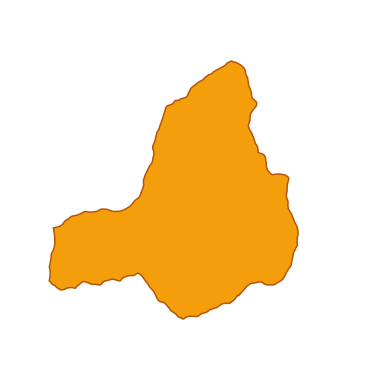 Dragteng, Tongsa, Bhutan (Equal Earth projection), rotated 200°
{"feature_id": "84629894B32701898541772", "entity_name": "Dragteng", "entity_type": "district", "adm_level": 2, "iso_a3": "BTN", "parent_name": "Bhutan", "parent_adm1": "Tongsa", "projection": "equal_earth", "projection_center": [90.534, 27.427], "detail": "fine", "context": "isolated", "style": "filled", "palette": "amber", "viewbox_px": 384, "rotation_deg": 200, "n_neighbors": 0, "source": "geoboundaries", "source_scale": "gbopen_adm2", "svg_char_len": 5960}
<svg xmlns="http://www.w3.org/2000/svg" viewBox="0 0 384 384"><g transform="rotate(200 192 192)"><path d="M295.8,59.6L294.7,59.3L293.0,58.1L292.1,57.6L291.2,57.4L290.2,57.3L289.2,57.2L288.3,56.9L286.4,56.0L284.5,55.5L283.5,55.3L282.6,55.2L281.6,55.2L280.7,55.5L279.8,56.0L278.9,56.6L278.1,57.3L277.4,58.1L276.7,58.8L274.9,59.9L274.0,60.4L273.1,60.8L272.2,61.2L271.2,61.3L270.2,61.4L269.2,61.5L268.5,62.0L268.3,63.3L267.8,64.3L266.6,66.2L265.4,68.0L264.3,70.0L263.5,70.6L262.6,70.9L261.7,71.1L260.7,71.1L257.7,71.1L255.7,71.0L254.7,70.9L253.8,71.1L252.0,72.1L251.1,72.3L250.1,72.4L249.1,72.5L247.1,73.0L246.3,73.5L245.7,74.3L244.9,76.6L244.4,77.6L243.7,78.3L242.9,78.9L241.1,80.0L238.6,81.9L237.8,82.5L236.9,82.9L235.9,83.1L234.9,83.3L231.9,83.4L230.9,83.5L230.0,83.6L229.1,83.9L228.6,84.8L228.4,86.1L227.9,87.1L227.3,88.0L226.5,88.8L225.8,89.5L225.0,90.2L224.2,90.8L222.4,91.9L221.5,92.3L219.6,93.0L218.7,93.4L217.8,93.9L217.1,94.8L216.5,95.8L215.9,96.7L215.1,97.2L214.2,97.2L213.2,97.0L212.2,96.7L210.3,95.9L209.4,95.4L205.2,92.4L201.7,90.3L200.9,89.7L199.3,88.3L198.4,87.7L197.5,87.3L195.7,86.5L194.8,85.9L194.0,85.4L192.4,84.1L190.8,82.6L189.4,81.0L188.7,80.2L187.9,79.6L187.0,79.0L186.1,78.4L185.2,78.1L184.3,78.0L182.3,78.5L181.3,78.5L180.4,78.3L179.4,78.0L178.5,77.7L177.6,77.2L175.8,76.2L174.0,75.2L173.2,74.7L172.4,74.0L171.5,73.5L170.6,73.1L169.6,72.8L168.7,72.6L166.7,72.3L165.8,72.0L164.1,70.9L163.2,70.5L162.2,70.1L161.3,69.9L160.3,69.8L159.3,69.9L157.3,69.6L156.4,69.9L155.8,70.8L155.2,71.8L154.5,72.7L153.7,73.3L151.9,74.2L150.1,75.0L148.2,75.7L147.2,75.9L146.3,76.2L145.3,76.5L144.4,77.0L143.6,77.6L143.0,78.5L142.4,79.5L141.9,80.4L141.1,81.2L140.3,81.8L138.6,83.0L137.8,83.6L137.0,84.4L136.4,85.2L134.5,87.9L132.0,89.8L130.3,91.0L129.5,91.6L128.8,92.4L126.3,96.0L125.6,96.9L124.9,97.5L124.0,98.1L122.2,98.9L120.3,99.6L119.4,100.0L118.5,100.5L117.8,101.4L117.3,102.4L116.7,103.3L116.0,104.1L115.5,105.1L115.1,106.2L114.7,107.2L114.4,108.3L114.1,109.5L113.9,110.4L112.6,110.7L112.2,112.1L110.5,116.1L109.3,119.1L108.1,122.5L106.5,124.7L105.0,126.4L103.2,127.3L101.6,128.3L99.9,129.1L98.1,130.6L95.9,131.2L93.9,130.8L92.2,130.2L90.4,130.3L87.5,131.1L83.7,132.6L82.7,133.4L81.7,134.6L80.8,135.8L78.9,138.1L77.7,139.6L76.7,141.6L76.1,144.1L76.0,146.2L75.5,150.1L75.0,152.7L74.0,155.5L73.9,156.4L73.9,157.5L74.4,160.4L75.4,167.0L75.8,169.4L75.2,175.2L74.8,177.4L74.8,178.4L75.6,179.6L76.5,181.8L77.4,185.0L77.8,188.4L79.0,191.5L80.0,192.8L80.7,194.6L81.5,195.3L83.2,197.1L85.4,199.0L87.1,201.0L89.2,203.3L91.0,205.4L93.7,207.4L95.8,209.2L97.1,211.8L97.6,212.8L97.9,214.3L98.8,216.3L100.2,218.2L101.3,219.2L102.0,220.4L102.6,223.0L103.0,225.6L103.5,227.0L104.2,228.8L104.8,230.9L105.0,232.3L105.3,234.3L105.4,236.5L105.7,237.8L106.3,238.6L107.7,239.3L110.5,239.8L115.2,239.0L119.2,237.6L122.4,235.7L124.2,236.0L126.3,237.1L128.4,238.3L130.6,241.1L131.8,243.9L134.1,248.2L134.4,249.0L136.2,251.0L137.2,251.5L140.1,251.9L141.5,251.6L142.4,251.7L143.2,252.0L143.7,252.6L144.3,254.0L145.1,255.5L146.0,256.9L147.1,258.0L148.7,259.0L151.6,262.5L152.0,263.3L156.6,268.3L158.7,269.8L160.6,271.8L161.7,273.6L162.0,275.1L162.0,279.3L162.9,281.4L163.5,284.9L163.5,286.8L162.5,290.5L161.2,294.2L161.1,295.8L161.5,297.5L162.5,298.7L164.4,299.5L165.0,299.9L165.7,299.9L166.3,300.3L167.0,300.7L167.6,301.2L168.2,301.7L168.7,302.4L169.0,303.1L169.7,304.7L170.1,305.4L171.0,306.8L172.0,308.1L172.5,308.8L174.7,311.1L175.2,311.7L175.6,312.4L176.4,313.9L178.0,316.9L178.8,318.3L179.3,318.9L179.9,319.4L181.2,320.4L181.7,321.0L182.1,321.7L182.8,323.2L183.2,323.9L183.7,324.6L184.3,325.2L184.8,325.7L185.4,326.2L186.1,326.6L186.8,326.9L189.6,327.9L191.8,328.4L193.2,328.6L194.7,328.7L196.2,328.6L196.9,328.5L197.6,328.3L198.4,328.3L199.4,328.8L200.1,328.2L201.3,327.1L202.4,326.0L202.9,325.4L203.4,324.7L203.5,323.8L203.8,323.0L204.8,321.8L205.2,321.0L205.7,320.4L206.8,319.2L207.9,318.1L209.4,316.1L210.5,315.1L211.2,314.3L212.7,312.4L213.1,311.7L213.9,310.2L214.4,309.6L215.0,309.0L215.5,308.4L216.2,308.0L216.7,307.4L218.8,304.3L219.7,302.2L220.2,301.3L220.8,300.4L221.5,299.6L222.3,298.8L223.0,298.0L224.2,296.2L226.5,292.4L227.1,291.5L227.8,290.6L228.3,289.6L228.6,288.5L228.7,287.4L229.1,283.9L229.2,281.5L229.4,280.3L229.7,279.3L230.5,278.5L231.3,277.8L232.1,277.2L233.9,276.2L234.7,275.5L235.2,274.5L235.8,273.6L236.7,273.1L237.7,272.8L238.6,272.5L239.3,271.7L239.5,270.6L239.8,269.4L240.3,268.4L241.0,267.6L241.7,266.9L244.2,264.9L245.0,264.1L245.3,263.1L245.3,261.3L245.2,259.0L244.8,250.8L244.7,248.5L244.8,243.8L244.8,242.7L244.7,241.5L244.6,240.3L244.7,239.2L245.2,236.9L245.3,235.8L245.2,234.6L244.6,230.0L244.4,227.7L244.3,225.3L244.5,222.9L244.5,221.8L244.3,220.7L243.9,219.7L242.5,217.9L241.3,216.0L240.9,215.0L240.6,213.9L240.4,211.6L240.3,210.4L239.8,208.1L239.6,207.0L239.7,205.9L239.9,204.7L240.6,202.5L240.9,201.4L241.0,200.2L241.3,196.8L241.6,194.4L241.7,193.3L241.8,192.1L241.7,187.4L241.6,186.3L241.2,185.2L240.3,183.2L239.8,182.1L239.6,181.0L239.5,179.8L239.5,176.3L239.6,172.8L239.6,170.4L239.8,169.3L240.1,168.6L240.5,167.8L242.4,165.1L242.9,164.1L243.3,163.0L244.3,159.7L244.7,158.6L245.2,157.7L245.8,156.8L246.5,155.9L247.2,155.1L248.6,153.4L250.0,151.8L250.8,151.1L251.5,150.4L252.4,149.7L253.2,149.1L254.2,149.0L257.8,147.3L258.8,146.9L259.7,146.8L260.7,146.7L263.6,146.7L265.6,146.6L266.6,146.5L267.5,146.3L269.4,145.7L270.4,145.3L271.3,144.8L272.1,144.3L272.8,143.5L273.5,142.6L274.2,141.8L275.1,141.2L275.9,140.7L279.5,138.8L280.4,138.4L281.3,138.0L282.3,137.8L284.3,137.6L285.3,137.3L286.1,136.9L286.9,136.2L287.6,135.4L289.1,133.7L291.4,131.6L292.2,130.9L293.0,130.3L295.7,128.8L296.5,128.2L297.2,127.4L298.4,125.5L299.0,124.6L300.3,122.9L301.0,122.0L301.5,121.1L301.9,120.0L302.5,117.7L302.9,116.7L303.5,115.8L304.2,115.0L305.0,114.3L306.6,113.0L310.1,110.9L308.7,108.7L306.1,103.7L303.4,97.0L302.3,91.5L303.0,85.6L301.6,80.7L300.5,73.0L298.0,68.5L296.3,63.5L295.8,59.6Z" fill="#f59e0b" stroke="#b45309" stroke-width="1.5"/></g></svg>